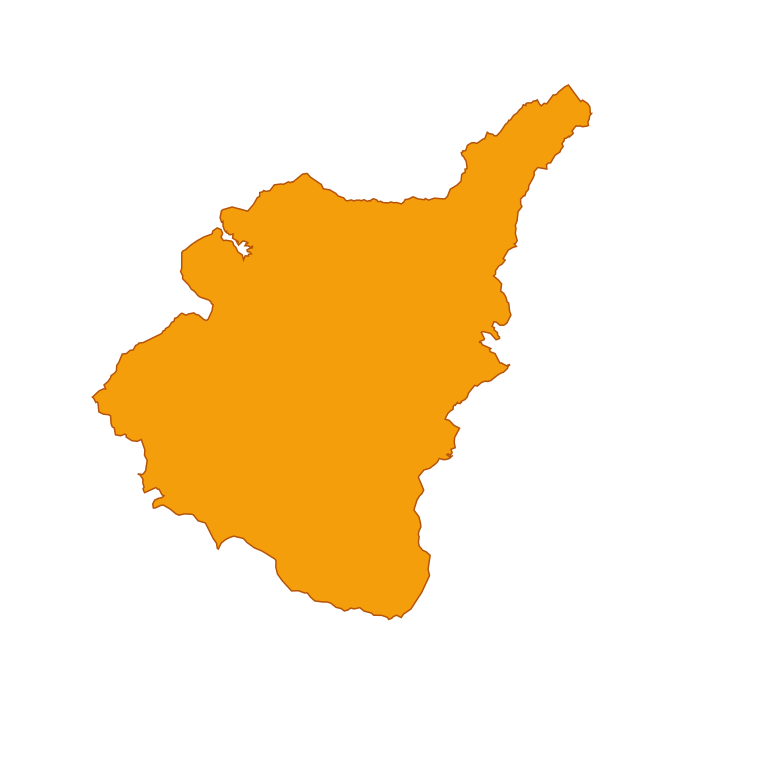 Pades, Gorj, Romania, rotated 252°
{"feature_id": "2599482B12814420584104", "entity_name": "Pades", "entity_type": "district", "adm_level": 2, "iso_a3": "ROU", "parent_name": "Romania", "parent_adm1": "Gorj", "projection": "orthographic", "projection_center": [22.765, 45.13], "detail": "fine", "context": "isolated", "style": "filled", "palette": "amber", "viewbox_px": 768, "rotation_deg": 252, "n_neighbors": 0, "source": "geoboundaries", "source_scale": "gbopen_adm2", "svg_char_len": 6171}
<svg xmlns="http://www.w3.org/2000/svg" viewBox="0 0 768 768"><g transform="rotate(252 384 384)"><path d="M611.4,651.8L610.8,647.9L608.0,640.6L606.3,637.9L606.0,635.6L606.7,634.3L600.2,625.4L601.5,623.0L599.9,619.6L602.1,618.4L606.9,617.5L606.4,616.4L606.9,613.3L605.7,611.2L606.9,607.8L606.9,605.7L605.1,605.0L606.6,602.8L604.0,600.5L603.0,597.7L600.7,594.5L599.3,590.1L596.2,586.1L595.8,584.8L596.3,584.3L594.1,582.0L593.6,580.0L588.0,572.9L585.3,567.9L585.8,565.8L587.9,564.6L589.7,561.3L591.5,560.0L586.1,555.6L586.3,553.8L584.1,546.7L585.7,544.4L586.3,541.7L585.2,537.1L580.8,533.9L581.3,530.9L580.5,530.7L580.1,528.9L576.7,529.0L576.2,529.8L570.1,531.0L563.5,529.7L562.9,528.3L563.3,527.5L560.0,526.5L560.1,524.5L559.1,522.6L553.0,519.9L550.6,514.9L548.8,507.2L542.8,502.3L541.2,499.0L545.2,489.2L545.1,483.2L547.7,480.6L546.8,479.3L549.5,473.6L553.1,469.5L552.3,464.4L552.9,461.1L551.0,459.1L549.9,456.2L552.7,452.1L553.3,449.5L555.1,446.6L554.8,444.4L556.7,439.3L558.7,437.5L559.4,434.6L561.4,433.9L563.4,431.3L563.2,428.9L562.2,427.9L563.1,426.4L562.8,424.7L565.5,421.9L565.3,418.8L566.3,417.9L567.4,414.3L567.3,412.2L569.2,409.7L569.5,405.7L570.5,404.3L573.4,403.2L577.1,398.4L580.1,397.1L585.5,392.3L588.4,386.6L593.0,386.1L603.5,377.9L608.0,376.0L608.8,371.6L604.2,359.7L604.8,358.9L604.4,357.1L605.8,355.5L605.0,350.2L606.1,347.7L607.3,341.2L603.2,335.3L603.6,331.3L605.2,329.4L604.3,327.8L604.5,325.0L600.9,323.7L600.3,321.0L595.3,315.6L590.5,307.8L599.3,294.2L599.6,284.6L598.8,282.8L592.8,279.5L588.1,279.5L587.6,280.1L588.2,281.0L583.8,279.7L579.6,279.8L577.7,280.4L577.8,281.5L576.4,281.1L575.2,282.7L574.1,282.7L573.5,283.7L573.2,286.9L569.5,285.0L564.8,289.2L564.2,289.2L564.6,288.3L565.8,287.6L561.1,288.6L563.5,293.6L563.4,294.9L560.5,298.2L559.7,297.2L560.0,296.2L558.5,294.4L557.3,297.5L555.2,299.4L555.6,301.4L554.2,300.9L554.5,297.7L553.8,295.1L552.2,295.0L550.9,297.2L548.8,298.1L549.2,295.2L547.6,294.6L548.8,291.6L545.5,288.8L550.5,289.1L554.7,285.9L559.9,285.3L561.8,284.0L565.6,284.0L567.2,282.8L569.6,277.9L570.0,275.6L574.1,274.4L577.0,277.1L581.3,276.7L584.0,273.6L582.5,268.7L579.8,266.7L579.5,258.5L578.1,251.0L576.1,244.0L572.9,236.3L572.8,234.3L571.5,232.3L556.4,227.3L553.8,225.3L549.2,226.0L546.3,225.0L538.4,228.9L533.9,230.0L530.3,232.6L525.7,234.3L523.4,236.0L518.0,243.3L515.9,244.6L513.6,244.8L512.4,246.0L506.7,243.0L499.9,236.7L499.3,234.9L500.8,232.7L506.9,229.0L508.2,226.7L510.4,225.1L511.0,220.3L510.7,216.8L513.7,213.8L513.7,212.7L511.1,207.6L511.2,205.3L508.6,203.7L508.3,201.2L505.0,197.2L504.2,193.3L502.8,192.1L502.8,190.4L500.7,188.2L497.8,167.6L498.7,163.6L497.6,161.7L497.4,159.7L493.9,156.0L494.5,153.0L492.5,148.3L493.4,144.3L486.4,138.4L484.2,135.5L479.3,133.6L477.7,131.4L476.3,127.1L474.4,125.8L471.7,122.4L469.6,117.4L465.4,117.8L466.1,115.6L465.4,110.7L461.6,102.6L460.0,103.6L455.5,104.2L455.5,105.8L453.7,106.0L445.6,104.2L442.0,107.8L439.9,112.6L438.1,114.1L430.7,112.2L427.2,112.3L425.6,113.9L418.7,112.9L416.2,117.4L416.4,122.1L415.0,123.1L413.2,122.4L408.0,126.7L405.7,131.8L406.2,136.0L395.1,136.2L390.2,134.2L384.6,135.2L375.2,130.5L373.0,127.5L372.7,125.9L374.7,122.0L372.6,124.0L368.1,125.3L364.1,124.0L360.1,124.0L358.9,122.5L356.4,122.4L354.6,122.8L356.0,135.1L353.7,136.4L353.4,137.6L347.2,138.6L345.7,140.2L344.5,137.5L345.0,134.3L344.4,130.0L341.4,127.0L337.4,126.3L336.8,128.1L337.5,134.1L337.1,136.7L331.0,142.1L324.9,145.9L322.6,148.5L322.2,153.8L319.7,160.6L318.5,162.2L311.4,164.9L307.0,171.2L289.4,173.9L284.4,175.5L279.2,174.7L278.2,175.4L283.0,180.0L285.0,185.2L285.7,189.6L285.7,194.2L280.5,202.6L275.7,204.7L268.3,210.0L262.8,216.4L251.2,226.2L249.3,226.7L243.2,224.5L236.1,224.0L228.5,226.4L215.8,232.1L213.8,238.8L209.8,243.9L209.1,246.5L204.1,248.2L199.1,251.1L195.7,258.2L194.3,262.5L192.1,265.6L186.4,269.4L183.7,273.8L180.4,276.1L180.2,279.8L181.2,283.2L179.3,286.1L178.8,291.8L174.3,294.8L169.9,301.4L167.3,302.7L164.7,310.3L161.0,315.1L158.6,315.8L158.8,318.9L159.9,321.0L160.2,324.5L156.6,328.2L159.2,331.6L161.6,339.9L174.2,355.5L187.7,368.1L194.3,368.7L206.7,374.9L211.3,372.3L213.9,369.4L218.9,367.4L222.9,367.8L227.8,370.2L230.1,370.1L233.1,371.6L236.7,374.9L240.4,375.7L246.8,376.2L254.9,373.5L263.3,379.4L266.6,383.2L268.2,386.4L270.9,389.0L284.7,387.9L285.5,388.6L289.9,395.4L289.7,401.4L292.2,408.4L293.6,411.0L296.1,413.6L293.7,417.1L293.0,419.8L293.0,423.2L294.8,427.3L294.4,425.7L294.9,423.6L297.4,422.0L297.7,423.2L296.0,425.2L297.4,427.5L301.2,427.6L301.4,432.0L306.9,432.8L311.4,434.7L318.6,442.2L323.0,437.8L329.4,434.7L331.5,431.3L333.6,432.9L336.3,435.7L337.8,438.5L338.5,441.7L341.6,443.2L342.3,444.8L341.7,445.2L343.7,448.0L342.9,448.0L341.9,450.6L342.8,452.0L343.5,451.9L344.2,456.2L345.9,459.1L349.1,461.4L354.7,469.8L353.2,472.0L355.3,477.1L355.5,480.9L354.3,483.5L354.3,486.7L357.3,494.7L358.3,498.9L358.2,501.1L360.6,506.1L362.7,507.8L363.3,509.3L363.7,509.3L363.7,507.3L363.3,506.2L367.7,502.2L368.1,500.7L378.6,499.0L382.0,494.9L384.0,495.0L384.7,496.5L391.1,489.5L393.1,489.4L394.0,487.7L394.8,488.1L395.2,492.9L396.2,493.5L403.0,492.5L403.4,493.5L402.9,495.1L399.2,500.9L391.4,504.3L391.6,507.9L392.9,508.4L395.0,507.2L397.9,507.7L401.8,505.3L403.4,506.4L405.4,504.6L409.3,507.9L408.0,510.0L404.1,512.4L402.9,516.3L403.9,519.6L410.3,526.0L414.7,526.0L422.4,527.6L424.3,526.5L428.7,526.8L433.4,525.8L436.3,523.7L442.9,526.8L447.4,525.0L452.9,521.6L454.1,524.1L457.3,525.1L460.8,529.7L461.6,533.5L464.4,537.5L466.3,536.0L473.0,543.6L474.1,549.1L473.9,552.4L477.0,551.1L477.0,552.5L479.2,555.0L486.5,555.4L491.2,557.6L494.3,557.9L498.1,561.0L506.4,564.7L510.1,570.0L512.9,569.6L517.6,571.0L519.9,575.1L519.4,576.2L522.4,578.2L524.3,581.4L528.2,583.3L534.4,590.0L537.0,591.8L539.3,592.1L542.4,597.1L538.1,605.3L542.4,606.3L543.4,608.7L542.8,610.7L548.7,617.4L550.4,623.2L551.7,624.0L554.6,627.9L557.5,627.4L559.7,630.5L561.8,631.5L561.4,633.3L562.6,636.1L561.6,636.4L563.4,640.6L564.1,641.5L566.5,641.0L570.0,646.1L568.6,650.7L567.3,652.3L566.5,657.2L566.8,658.4L570.4,658.9L572.0,660.7L575.4,662.4L577.2,665.0L577.6,663.9L584.1,665.4L587.9,664.3L592.6,660.6L591.9,658.3L611.4,651.8Z" fill="#f59e0b" stroke="#b45309" stroke-width="1.5"/></g></svg>